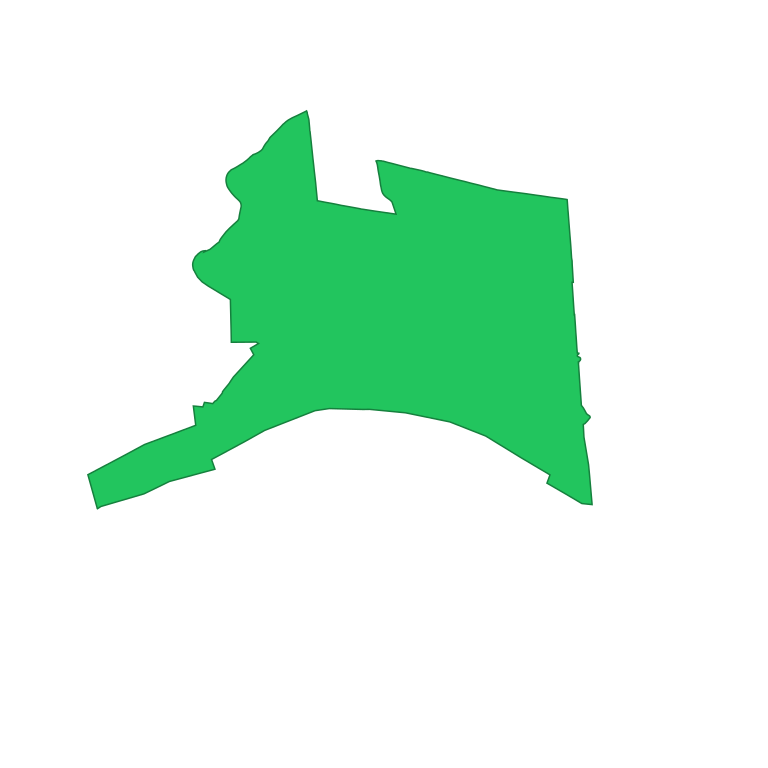 Gostinu, Romania, rotated 30°
{"feature_id": "2599482B60954600947831", "entity_name": "Gostinu", "entity_type": "district", "adm_level": 2, "iso_a3": "ROU", "parent_name": "Romania", "parent_adm1": "", "projection": "albers", "projection_center": [26.1, 43.984], "detail": "fine", "context": "isolated", "style": "filled", "palette": "green", "viewbox_px": 768, "rotation_deg": 30, "n_neighbors": 0, "source": "geoboundaries", "source_scale": "gbopen_adm2", "svg_char_len": 4778}
<svg xmlns="http://www.w3.org/2000/svg" viewBox="0 0 768 768"><g transform="rotate(30 384 384)"><path d="M198.2,635.3L200.1,631.6L231.1,599.1L246.9,575.7L280.2,542.3L272.4,535.6L288.3,509.8L291.6,504.5L303.9,483.8L337.6,441.6L348.9,432.6L378.6,416.5L384.1,413.2L417.0,398.2L460.0,383.9L498.1,378.2L539.0,379.3L573.2,379.7L574.7,388.4L595.0,388.4L615.1,388.6L624.5,384.4L623.7,383.2L616.9,373.5L607.4,359.9L601.5,351.6L583.7,330.0L576.8,319.4L577.8,317.8L578.7,314.1L579.3,310.0L578.5,309.0L577.4,308.8L575.3,308.7L573.8,308.2L571.1,306.5L568.7,305.1L565.6,303.8L550.6,281.6L543.3,270.7L541.9,268.7L541.5,268.1L541.8,268.0L541.4,267.4L541.8,266.7L541.9,266.3L542.0,266.0L542.1,265.2L541.9,264.2L541.1,263.3L540.4,263.1L539.2,263.2L538.0,263.3L537.7,263.3L537.2,262.7L537.1,262.2L537.0,261.8L537.2,261.4L537.6,260.7L537.5,260.3L537.4,260.4L537.2,260.1L536.9,260.1L536.6,260.1L536.4,260.2L535.9,260.5L532.9,256.2L530.1,252.0L526.9,247.2L523.9,242.8L520.8,238.1L517.5,233.2L514.4,228.6L514.1,228.9L513.7,228.2L512.0,225.7L507.3,218.7L501.8,210.5L498.5,205.6L496.0,201.9L497.1,201.3L494.7,197.7L491.2,192.4L487.1,186.2L485.8,184.1L485.3,183.3L484.3,182.1L483.4,181.0L476.7,171.0L474.1,167.2L470.9,162.6L467.4,157.5L464.3,153.0L461.3,148.6L458.5,144.5L455.7,140.5L451.8,134.7L450.4,132.7L449.2,133.1L444.7,134.9L436.5,138.3L435.7,138.7L433.6,139.5L425.5,142.7L421.9,144.2L411.6,148.3L399.9,153.2L386.5,158.7L385.1,159.3L381.5,160.2L380.6,160.5L379.1,160.9L378.5,161.1L376.5,161.6L372.7,162.7L366.7,164.3L360.6,166.1L358.2,166.8L357.6,167.0L357.4,167.0L352.2,168.4L348.6,169.5L338.2,172.5L334.2,173.6L331.0,174.5L330.8,174.5L329.2,175.0L324.7,176.3L321.4,177.2L318.6,178.0L317.5,178.3L316.7,178.4L316.2,178.6L315.7,178.7L315.1,179.0L314.6,179.3L314.0,179.5L313.6,179.5L313.0,179.6L312.5,179.7L309.5,180.5L302.6,182.7L300.7,183.3L299.6,183.7L298.9,184.1L298.6,184.2L298.3,184.2L298.2,184.2L296.0,184.8L288.4,186.9L280.3,189.1L276.6,190.2L272.2,191.3L271.1,191.8L269.7,192.2L269.4,192.5L267.5,193.3L266.4,194.0L265.6,194.9L267.1,196.0L267.6,196.5L268.7,197.6L269.5,198.6L270.1,199.3L271.7,201.4L273.7,203.8L275.8,206.2L277.6,208.4L279.0,210.1L281.6,213.5L283.0,215.0L284.8,217.1L285.6,217.9L286.5,218.7L287.7,219.6L288.6,220.0L289.4,220.4L290.2,220.6L291.6,221.0L293.0,221.2L293.8,221.3L295.0,221.4L297.1,221.6L298.6,222.0L299.4,222.1L299.8,222.4L300.3,222.7L306.3,228.0L309.5,230.9L290.5,238.5L281.0,242.2L278.4,243.2L277.1,243.8L275.3,244.3L269.1,246.5L259.7,249.9L259.1,250.1L258.5,250.4L252.6,252.3L248.0,253.9L242.2,256.0L234.9,258.5L234.6,258.6L232.3,255.3L228.2,249.6L224.1,243.8L220.4,238.8L216.9,234.1L213.8,229.8L209.8,224.4L206.4,219.7L203.7,216.0L200.0,210.9L196.7,206.4L193.7,202.3L193.1,201.8L191.9,199.9L188.6,195.2L187.8,194.1L187.5,193.6L186.8,192.7L186.2,192.0L183.0,188.8L182.4,188.2L181.9,187.6L181.8,187.3L180.4,186.2L179.8,187.2L174.6,194.9L171.4,199.4L169.1,203.3L168.0,205.8L167.2,208.4L166.7,209.6L166.2,212.0L164.6,218.4L162.2,226.8L162.0,227.8L162.0,228.8L162.0,230.0L162.0,231.3L161.7,232.9L161.6,233.2L161.3,235.2L161.2,237.4L161.2,238.9L161.3,241.1L161.1,242.2L160.8,243.3L160.3,244.4L160.0,244.9L160.0,245.1L159.8,245.4L159.5,246.0L159.2,246.6L158.9,247.0L158.5,247.6L158.1,248.2L157.7,248.8L157.5,249.1L157.0,249.6L156.5,250.2L156.2,250.5L156.0,250.9L155.8,251.1L155.7,251.7L155.2,252.9L154.9,253.6L154.6,254.5L154.2,256.2L153.8,257.3L153.3,258.8L152.5,260.7L151.4,263.3L150.3,265.2L149.4,266.9L148.4,268.8L147.7,270.0L147.2,270.9L146.0,272.8L144.7,274.7L144.4,275.4L144.1,276.6L143.7,277.9L143.5,279.3L143.5,280.1L143.5,281.0L143.8,282.7L144.2,284.2L144.9,285.8L145.7,287.2L146.7,288.5L147.9,289.8L149.1,291.0L150.4,291.9L152.1,292.8L153.6,293.5L155.6,294.4L157.1,295.0L158.9,295.6L160.1,296.0L161.5,296.4L162.2,296.6L164.9,297.2L166.8,297.7L168.1,298.1L169.5,299.0L170.8,300.4L171.7,302.0L172.2,303.7L174.1,309.4L174.9,311.5L175.7,313.5L175.7,315.6L174.0,320.9L172.4,326.1L171.1,331.2L170.1,338.3L170.0,339.8L169.9,340.6L170.0,341.6L170.2,343.6L169.9,344.2L169.1,346.0L168.9,346.5L166.0,354.4L162.2,359.6L162.2,358.2L161.1,359.0L160.3,359.7L159.5,360.8L159.2,361.2L158.6,362.7L158.0,364.1L157.6,365.8L157.2,367.2L157.0,368.1L157.1,369.5L157.2,371.2L157.4,372.9L157.8,374.4L158.4,375.9L159.0,376.9L160.1,378.3L161.0,379.4L162.2,380.5L162.9,380.7L164.5,381.8L169.1,384.6L175.4,386.5L183.0,387.1L208.7,387.6L224.9,414.2L230.9,424.2L252.3,411.6L255.1,411.7L250.4,419.9L256.6,423.8L252.9,440.6L250.1,453.2L249.8,457.1L249.6,461.1L248.3,469.0L248.2,470.1L248.0,471.2L248.5,472.8L247.1,482.0L246.1,483.5L245.5,486.6L241.6,488.1L237.7,489.7L238.6,494.4L232.4,497.2L229.9,498.4L241.6,513.9L224.3,535.0L206.9,556.1L192.5,579.4L182.7,595.0L172.9,610.6L192.7,630.0L197.7,634.9L197.9,635.2L198.2,635.3Z" fill="#22c55e" stroke="#15803d" stroke-width="1.5"/></g></svg>